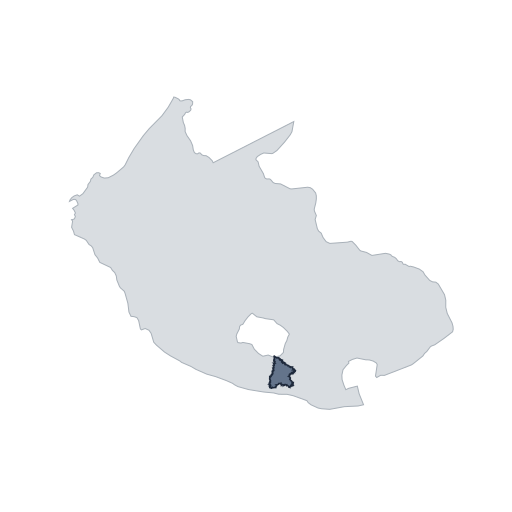 location of Umgungundlovu, KwaZulu-Natal, South Africa, rotated 68°
{"feature_id": "47623444B82303823139799", "entity_name": "Umgungundlovu", "entity_type": "district", "adm_level": 2, "iso_a3": "ZAF", "parent_name": "South Africa", "parent_adm1": "KwaZulu-Natal", "projection": "albers", "projection_center": [30.306, -29.53], "detail": "fine", "context": "in_parent", "style": "filled", "palette": "slate", "viewbox_px": 512, "rotation_deg": 68, "n_neighbors": 0, "source": "geoboundaries", "source_scale": "gbopen_adm2", "svg_char_len": 8838}
<svg xmlns="http://www.w3.org/2000/svg" viewBox="0 0 512 512"><g transform="rotate(68 256 256)"><path d="M350.3,97.5L362.5,95.7L368.1,96.6L374.7,99.3L380.9,100.2L391.4,99.3L395.0,99.7L397.8,100.6L399.9,102.1L402.8,112.5L405.3,123.6L405.2,127.2L405.6,128.6L408.5,133.4L409.5,136.3L411.2,138.7L414.8,150.7L415.2,152.8L414.8,181.6L413.3,185.1L413.9,189.6L412.1,190.2L402.1,184.3L400.3,184.5L397.4,186.6L394.7,190.0L393.5,192.9L388.4,200.6L388.0,205.5L388.4,209.8L390.1,210.0L391.3,213.0L394.0,217.9L398.6,221.0L402.9,222.5L408.9,222.9L413.6,222.8L413.4,219.6L414.6,210.8L422.5,212.0L434.2,212.0L433.3,217.6L428.8,230.5L425.8,245.1L422.2,252.4L420.2,255.4L414.6,260.7L411.6,262.5L409.2,263.0L399.5,273.8L395.9,279.0L392.7,286.7L389.6,290.9L385.0,299.8L377.0,313.0L370.3,321.7L367.3,324.2L365.3,325.4L360.1,330.5L352.7,338.6L347.1,345.9L338.7,354.1L333.9,357.8L326.7,364.9L324.7,366.0L316.6,372.7L310.8,376.8L301.3,381.7L297.6,383.1L288.5,382.2L284.8,383.0L281.7,385.9L281.6,389.9L280.3,390.5L271.9,389.0L268.5,389.5L266.6,391.7L265.1,394.5L260.4,394.8L251.8,392.5L241.8,391.4L239.5,391.3L234.8,393.6L233.1,394.0L226.1,394.0L222.1,393.0L218.4,393.2L215.6,394.5L212.2,395.1L203.4,403.2L198.5,403.6L194.5,404.8L187.1,404.3L184.9,405.0L182.8,406.5L177.9,407.5L176.0,408.7L168.2,416.3L164.7,415.9L160.3,416.2L155.0,413.0L153.2,413.4L153.6,412.3L153.5,410.4L151.6,408.6L149.7,408.9L148.5,407.3L145.5,407.5L143.1,408.2L142.0,402.0L140.8,401.5L137.8,401.6L136.3,402.0L135.7,402.6L135.1,404.2L135.5,408.5L134.3,407.4L132.9,404.9L132.2,402.1L132.3,398.8L134.4,397.3L133.4,393.2L129.1,386.3L126.8,385.0L124.7,381.5L122.9,380.3L121.9,377.8L120.0,375.9L119.1,372.7L119.8,370.7L121.1,369.5L122.8,371.0L124.6,370.1L126.9,367.5L128.1,363.7L127.6,357.9L126.8,354.4L123.8,345.3L122.5,343.2L117.1,337.1L110.7,328.7L102.2,315.4L97.9,307.3L90.8,290.8L85.2,281.7L78.6,273.3L77.8,272.8L78.5,271.6L81.2,269.2L82.5,268.5L83.3,268.6L83.9,268.0L84.5,266.5L84.6,263.2L85.6,259.7L86.7,258.2L89.2,256.9L91.4,257.9L92.4,259.1L92.9,260.7L93.9,261.3L95.3,261.1L96.4,262.0L97.2,264.0L97.3,265.5L96.6,266.5L96.8,267.7L98.0,269.1L99.5,272.3L105.1,273.4L108.2,273.3L111.2,273.9L114.1,275.1L118.6,274.9L124.7,273.5L129.9,273.4L134.1,274.4L137.0,274.4L138.7,273.3L139.4,271.9L139.0,270.2L139.8,269.0L141.8,268.4L143.3,266.9L144.3,264.7L147.0,262.7L151.3,260.9L153.5,260.8L145.5,170.6L154.2,176.1L156.4,178.8L161.1,186.9L166.0,197.0L167.1,201.9L167.0,203.0L163.4,210.2L163.5,213.6L164.3,217.5L165.5,219.4L166.7,220.0L169.5,218.8L174.0,219.5L182.4,218.3L186.6,218.6L187.7,218.1L188.6,217.2L189.5,214.8L190.4,213.9L194.3,212.6L195.9,211.1L198.4,206.2L206.4,199.3L207.2,197.8L211.6,182.3L213.0,180.1L215.3,178.5L219.9,177.1L222.7,177.5L225.7,178.7L229.2,180.7L234.4,184.5L236.1,185.0L241.1,184.9L244.3,187.5L253.7,188.9L256.4,188.6L259.2,187.0L264.0,186.9L269.0,185.6L272.0,182.8L277.4,166.1L277.9,162.4L278.6,161.4L283.4,159.4L289.4,157.7L290.6,156.9L294.1,152.2L298.9,148.3L302.0,135.0L304.1,131.8L305.5,130.5L306.4,130.4L307.6,129.6L309.2,127.9L311.2,126.9L313.4,126.4L314.9,125.3L315.5,123.5L316.6,122.7L318.3,122.7L319.2,122.1L319.4,120.9L323.1,118.0L323.2,116.9L325.2,114.0L329.3,109.5L333.2,107.0L336.9,106.5L343.7,104.1L346.1,102.0L347.6,99.1L350.3,97.5ZM341.7,292.5L347.3,290.2L351.5,287.2L352.4,281.8L355.6,278.5L356.8,275.4L357.6,271.1L355.7,266.7L353.0,265.4L348.1,261.6L346.0,259.1L343.1,256.9L340.9,254.3L337.6,255.2L332.5,257.4L329.3,259.4L326.6,261.8L321.8,263.5L317.5,270.9L316.1,272.6L312.7,278.0L307.7,280.8L307.6,281.8L309.4,286.1L311.8,290.3L314.4,293.8L314.3,296.0L315.2,297.6L317.4,298.8L321.2,303.1L323.1,304.5L328.8,305.4L329.6,305.1L331.1,302.5L331.2,300.6L334.9,294.8L336.5,293.0L341.7,292.5Z" fill="#d9dde1" stroke="#a8b0b8" stroke-width="1"/><path d="M386.4,278.5L386.0,278.5L385.9,278.4L385.9,278.2L386.0,278.1L385.9,277.9L386.0,277.4L386.2,277.5L386.3,277.4L386.3,276.8L386.6,276.6L386.6,276.4L386.9,275.9L386.9,275.6L387.3,275.6L387.2,276.4L387.8,276.2L387.8,275.5L389.1,274.4L389.9,274.7L390.1,274.5L390.5,273.9L390.2,273.9L389.8,273.6L389.7,273.4L389.8,273.0L389.4,272.5L389.2,272.4L389.2,272.2L389.3,272.1L389.2,272.0L389.3,272.0L389.2,271.9L389.4,271.8L389.4,271.7L389.5,271.6L389.5,271.4L389.7,271.2L389.8,271.2L389.7,270.9L390.1,270.6L390.1,270.4L389.9,270.3L389.8,270.1L389.8,269.8L389.4,269.9L389.1,270.2L389.2,270.4L388.9,270.5L388.7,270.7L389.0,271.4L388.8,271.6L388.6,271.0L388.0,270.6L388.2,270.1L388.1,269.9L387.9,269.8L387.9,269.6L388.0,269.4L387.7,269.4L387.7,269.5L387.4,269.4L387.3,269.2L387.3,268.9L387.2,268.8L387.0,269.1L386.9,269.5L386.6,269.6L386.5,269.9L386.3,269.8L386.2,269.6L385.0,269.9L384.6,270.5L384.4,270.3L383.7,270.5L383.2,270.8L382.9,270.5L382.7,270.7L382.0,269.8L381.8,269.8L381.6,270.1L381.1,270.1L380.6,270.3L379.8,270.9L379.8,269.8L379.3,269.8L379.4,269.6L379.0,269.4L378.9,269.0L378.3,269.1L378.3,268.6L378.0,268.4L378.6,267.4L378.6,266.8L378.0,267.1L377.4,266.8L377.4,266.7L377.6,266.5L377.5,266.2L377.9,265.9L377.9,265.6L378.1,265.6L378.3,265.3L378.7,265.4L378.5,265.1L377.9,265.2L378.1,264.7L377.5,265.0L377.4,264.8L377.6,264.5L377.6,263.9L377.1,263.8L376.9,263.2L377.2,263.3L377.7,263.0L377.7,262.9L377.8,263.1L377.7,262.9L377.0,262.3L375.6,263.0L375.7,263.5L375.7,263.9L375.5,264.3L375.4,263.9L375.0,263.9L374.8,263.4L374.5,263.8L374.1,263.9L374.0,264.3L372.6,263.6L372.3,264.7L371.8,265.1L372.1,265.8L371.4,265.9L371.3,266.6L370.4,266.5L369.9,266.9L369.7,267.6L369.2,267.4L368.0,268.9L367.9,269.3L367.6,269.8L366.5,269.8L366.4,269.1L366.2,269.3L366.0,269.2L365.5,269.5L365.0,270.0L365.7,269.8L365.8,269.9L365.5,270.4L365.5,271.4L364.4,271.7L364.0,271.9L363.9,271.7L363.5,271.8L362.8,271.6L363.0,271.2L363.3,270.9L363.6,270.8L363.6,270.7L363.3,270.7L362.8,271.1L362.4,270.6L361.5,271.6L361.7,271.8L361.7,272.7L361.3,272.8L360.9,273.1L360.3,272.5L360.2,272.8L359.6,273.0L359.4,273.0L359.2,273.0L359.1,272.9L358.8,273.0L358.8,273.3L358.9,273.5L358.7,274.0L358.3,274.3L358.3,274.5L358.0,274.8L357.9,275.2L358.0,275.4L357.6,275.6L357.4,275.7L357.3,275.9L357.2,275.9L357.1,276.1L356.7,276.0L356.3,276.1L356.2,276.3L356.3,276.5L356.1,276.5L355.9,276.4L355.6,276.6L355.7,276.8L356.0,276.7L357.1,277.2L357.6,277.4L357.9,277.4L358.0,277.5L358.3,277.7L358.6,277.6L358.7,278.0L359.1,277.9L359.0,278.3L359.6,278.6L359.9,278.9L360.5,278.6L360.4,278.4L360.7,278.4L360.8,278.3L361.0,278.6L361.3,278.3L361.4,278.6L361.6,278.6L361.7,278.8L362.3,278.6L362.2,278.8L362.8,279.2L362.6,279.5L362.8,279.4L362.9,279.5L363.0,279.4L363.2,279.5L363.0,280.0L364.4,280.1L364.4,280.5L364.1,281.1L364.9,281.1L365.7,281.1L365.8,281.2L366.0,281.2L366.0,281.3L365.9,281.6L366.2,281.7L366.2,282.0L366.5,281.8L367.1,281.8L367.3,282.1L367.4,282.3L367.3,282.6L367.8,282.6L368.2,282.8L368.2,282.6L368.3,282.5L368.5,282.9L368.9,282.7L368.9,283.0L368.7,283.1L369.1,283.3L369.0,283.5L368.8,283.5L368.7,283.8L368.7,284.0L368.8,284.1L369.0,284.1L369.3,284.3L369.5,284.2L369.9,283.7L369.8,284.0L370.0,284.4L370.3,284.6L370.4,284.4L370.6,284.5L370.6,284.3L370.9,284.4L371.0,284.3L371.8,284.9L371.9,285.0L371.6,285.3L371.6,285.8L372.0,285.9L372.2,285.6L372.3,285.7L372.2,285.9L372.2,286.2L372.1,286.4L372.1,286.5L372.3,286.5L372.5,286.8L372.7,286.7L373.0,286.9L372.9,287.0L372.7,287.1L372.8,287.5L372.7,287.7L372.7,287.8L372.9,287.8L373.0,287.6L373.4,287.8L373.2,288.0L373.3,288.1L373.2,288.3L373.1,288.5L373.5,288.6L374.0,288.6L374.3,288.8L374.3,289.0L374.9,289.1L375.0,289.4L375.4,289.5L375.5,289.3L375.8,289.4L376.0,289.3L376.4,289.4L376.7,289.6L376.7,289.4L376.6,289.2L376.8,289.2L377.0,289.5L377.3,289.4L377.5,289.5L377.4,289.8L377.6,290.0L377.7,289.9L377.8,289.9L378.1,290.3L378.3,290.2L378.2,290.0L378.4,290.0L378.3,290.5L378.6,290.6L378.5,290.8L379.0,291.0L378.8,291.2L378.8,291.3L379.1,291.4L379.3,291.6L379.5,291.3L379.8,291.5L379.9,291.0L380.0,291.0L380.0,291.4L380.2,291.1L380.6,291.3L380.7,291.6L380.8,291.5L381.0,291.7L381.0,291.4L381.1,291.2L381.4,291.5L381.6,291.9L381.7,291.7L381.8,291.2L382.0,291.4L382.3,291.4L382.5,291.7L382.8,292.1L382.6,292.1L382.5,291.9L382.4,292.0L382.3,291.9L382.2,292.1L382.6,292.4L383.0,292.5L383.4,292.0L383.6,292.1L383.8,291.8L383.7,291.7L384.0,291.5L384.4,291.2L384.4,290.9L384.2,290.9L384.1,290.7L384.2,290.4L383.8,290.3L383.8,290.1L383.9,289.9L384.0,289.9L384.5,289.6L384.8,288.9L384.8,288.7L384.8,288.4L385.3,287.2L385.1,287.2L384.9,287.1L385.0,286.9L384.9,286.8L384.9,286.5L384.7,286.4L384.6,286.7L384.4,286.6L384.1,286.2L384.2,285.8L384.1,285.5L383.9,285.2L383.5,285.0L383.1,285.3L383.4,283.7L383.3,283.1L383.2,282.9L382.9,282.8L383.0,282.5L382.8,282.4L383.1,281.8L383.3,280.5L384.1,280.9L384.4,280.3L384.4,280.7L384.7,280.8L384.7,280.7L384.8,280.7L384.6,280.5L384.7,280.3L384.9,280.2L385.2,280.4L385.1,280.1L384.7,280.2L384.9,280.0L385.2,279.9L385.3,279.7L385.2,279.7L385.3,279.3L385.5,279.2L386.4,279.4L386.3,279.2L386.3,278.7L386.4,278.5Z" fill="#64748b" stroke="#1e293b" stroke-width="1.5"/></g></svg>